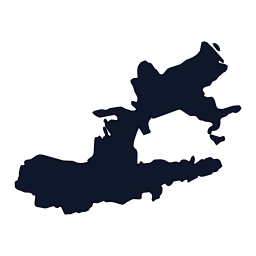 SVG path tracing the border of Leninabad
{"feature_id": "TJK-369", "entity_name": "Leninabad", "entity_type": "Region", "adm_level": 1, "iso_a3": "TJK", "parent_name": "Tajikistan", "parent_adm1": "", "projection": "albers", "projection_center": [69.514, 39.97], "detail": "fine", "context": "isolated", "style": "filled", "palette": "ink", "viewbox_px": 256, "rotation_deg": 0, "n_neighbors": 0, "source": "natural_earth", "source_scale": "10m", "svg_char_len": 5940}
<svg xmlns="http://www.w3.org/2000/svg" viewBox="0 0 256 256"><path d="M239.3,106.1L240.6,108.1L239.6,110.0L237.6,111.6L235.7,112.3L232.4,111.6L231.6,111.9L230.1,112.9L229.5,112.4L229.2,112.5L228.6,113.2L226.2,115.3L225.4,115.8L221.5,117.2L219.9,118.7L219.6,120.8L219.7,123.3L219.2,126.1L218.4,127.6L217.4,128.7L216.1,129.5L214.8,130.0L212.2,130.1L211.5,130.5L211.1,131.2L210.6,133.0L210.1,133.7L208.7,133.2L208.2,132.2L208.4,130.8L209.0,129.2L209.7,128.1L212.7,126.2L213.6,124.4L212.9,123.0L211.5,122.0L209.9,121.5L205.0,120.8L202.7,119.8L200.5,119.6L199.4,119.0L196.7,115.8L195.4,115.2L193.9,115.1L190.9,115.3L189.6,114.9L180.8,109.1L178.6,108.9L154.4,117.7L153.4,117.8L152.4,117.7L152.0,117.3L151.4,116.1L150.9,116.0L150.6,116.3L150.1,118.2L148.9,120.1L147.9,121.9L147.5,124.0L148.0,126.5L148.3,127.5L148.3,128.6L149.8,131.2L149.8,132.3L143.9,134.4L140.9,129.3L139.1,127.2L138.3,127.1L138.1,127.2L138.0,127.7L137.8,128.5L136.6,131.2L133.7,139.8L133.0,142.8L132.8,146.0L133.2,147.5L134.2,148.6L135.3,149.5L136.1,150.6L136.6,151.9L136.8,153.5L136.5,163.0L137.3,165.0L139.8,164.0L140.2,163.4L140.6,162.2L141.2,162.0L143.0,163.8L144.3,164.2L147.0,163.8L149.5,163.6L150.6,163.2L151.7,162.6L153.8,160.8L154.8,160.3L160.2,160.0L162.8,160.3L165.2,161.1L167.8,162.6L170.2,163.3L175.0,162.3L177.6,162.6L179.4,163.4L180.0,163.0L180.9,161.6L182.0,160.6L183.3,160.2L184.6,160.2L185.9,160.5L188.0,161.7L189.0,162.1L190.0,161.7L190.5,161.0L192.2,157.2L193.2,156.5L193.8,157.3L194.1,158.7L194.1,160.1L193.4,163.0L193.6,164.1L194.6,164.5L195.7,164.3L201.2,160.1L202.0,159.8L204.0,160.3L204.6,160.3L205.0,160.0L205.6,159.2L209.2,157.9L210.3,157.8L211.2,158.1L212.6,159.3L213.4,159.8L214.5,159.9L216.7,159.5L217.8,159.6L219.3,160.7L220.2,162.4L221.5,166.2L219.3,168.0L218.3,168.6L217.8,169.3L217.3,170.5L215.9,171.2L212.2,171.8L211.6,173.2L211.0,173.8L210.2,173.9L203.8,175.8L201.2,176.0L200.6,175.9L199.5,174.9L198.6,174.9L198.2,175.1L197.7,175.7L197.2,176.7L196.7,177.3L190.1,180.6L188.6,181.7L188.3,181.7L188.1,181.3L188.0,179.9L187.8,179.1L187.4,178.9L186.7,178.9L185.8,179.0L184.1,179.7L182.2,181.2L181.8,181.2L181.3,180.8L180.9,179.8L180.2,179.7L173.4,180.7L172.6,181.6L171.3,183.8L170.1,184.8L168.9,185.2L168.4,185.3L167.0,184.7L166.7,184.4L165.7,182.7L164.5,182.9L160.1,185.4L160.4,186.2L161.5,187.5L161.8,188.6L161.5,191.9L161.0,193.3L160.4,194.3L159.0,195.5L159.0,196.4L159.2,197.2L158.9,197.6L158.2,198.1L156.0,198.7L155.1,199.2L153.4,200.7L153.1,200.7L152.7,200.3L152.4,199.6L152.8,197.7L152.9,196.7L152.9,195.8L152.4,194.2L152.0,193.6L149.8,191.5L148.9,191.4L143.7,192.0L142.5,192.3L141.7,193.1L141.3,193.7L141.0,194.8L140.9,197.8L140.6,198.2L140.2,198.5L139.1,198.6L133.1,198.3L132.0,198.7L130.6,199.3L126.0,201.8L124.5,203.1L122.6,204.0L119.1,203.2L117.5,202.6L113.6,201.5L110.1,201.2L106.3,201.5L105.5,201.3L105.1,201.0L104.7,200.3L104.4,200.1L103.6,200.2L97.6,202.5L93.4,202.2L92.9,202.3L92.5,202.7L91.4,206.2L89.4,207.5L88.5,209.3L87.8,210.1L85.6,210.9L84.3,211.2L82.5,211.1L78.9,212.5L76.7,211.5L75.9,211.6L74.9,211.8L71.4,213.2L70.2,213.5L67.1,213.5L65.4,213.9L64.3,212.2L62.2,207.4L61.3,206.3L60.8,206.1L59.3,206.2L58.2,207.0L57.2,207.3L56.1,207.1L55.2,206.2L54.7,205.9L53.7,205.5L52.8,205.5L46.2,207.6L44.5,207.6L36.6,206.1L35.5,205.0L35.2,203.0L36.0,196.8L35.9,195.7L35.4,194.7L35.0,194.5L33.9,194.7L33.5,194.7L32.4,193.1L30.0,192.0L24.9,191.7L17.5,188.8L15.7,187.2L15.4,183.9L15.6,182.2L16.5,181.4L17.2,181.2L17.8,181.4L18.2,181.2L18.7,178.6L19.6,175.9L19.7,172.9L20.2,169.7L21.0,166.6L21.6,165.9L22.6,165.8L24.2,166.1L25.0,165.6L25.2,165.3L24.9,161.8L26.2,160.6L31.1,159.9L37.0,155.9L39.3,155.2L42.2,155.3L63.3,161.2L72.6,161.6L77.6,163.5L80.7,163.8L83.7,163.5L87.6,162.6L88.8,162.0L88.1,160.5L89.0,159.3L91.7,157.6L93.2,156.0L94.0,154.5L94.4,152.5L95.1,139.6L95.8,137.8L96.5,137.9L97.3,138.3L99.4,136.4L100.4,137.2L102.1,139.9L102.9,140.3L103.3,139.8L103.4,138.5L103.9,137.3L105.0,136.9L105.8,135.4L105.8,134.2L104.4,131.3L103.8,129.5L103.6,128.0L104.1,127.4L105.3,128.3L106.6,131.1L107.5,134.6L108.9,136.8L111.5,135.7L111.3,133.9L105.9,126.3L105.7,125.5L105.6,124.8L105.7,123.1L105.5,122.5L104.4,121.6L104.3,120.9L105.1,119.4L106.1,120.2L107.4,122.7L108.2,122.5L110.4,120.6L111.7,120.2L116.2,120.9L117.6,120.7L118.1,119.7L118.2,118.5L118.0,117.3L117.6,116.2L114.7,114.1L99.7,116.9L97.6,116.0L94.8,114.3L93.3,112.5L94.6,111.6L100.5,110.1L101.9,110.0L105.4,110.6L106.8,110.5L109.0,109.3L110.2,108.8L120.2,107.3L121.6,107.5L125.7,109.6L131.2,111.3L134.2,111.4L136.6,110.3L136.6,108.4L132.1,104.4L131.9,102.0L133.5,101.8L135.8,102.7L137.8,102.4L138.3,98.4L137.9,96.6L137.2,95.1L135.6,92.2L135.0,90.8L133.7,86.2L131.3,82.1L131.3,80.4L133.5,78.9L137.2,78.6L138.1,78.1L138.4,77.0L138.0,72.7L138.0,69.7L138.4,67.3L139.4,65.2L140.9,63.2L141.8,62.5L142.8,62.0L144.7,61.3L145.8,61.4L147.4,62.9L148.4,63.5L150.3,63.7L151.7,65.0L154.1,68.7L154.8,69.3L156.3,70.4L157.0,71.2L158.8,73.9L159.5,74.6L161.4,75.3L163.0,74.8L164.5,73.5L167.1,70.2L168.3,69.2L169.6,68.5L180.8,64.9L186.6,60.5L192.9,57.9L197.2,55.2L200.6,51.2L202.2,42.7L204.5,42.1L207.2,43.2L209.5,45.8L211.4,47.4L223.1,60.6L223.0,62.1L221.8,61.6L219.7,59.8L218.5,60.0L217.9,61.0L218.1,62.4L219.1,63.6L224.7,64.8L227.0,66.1L226.4,69.6L225.4,70.2L224.9,71.2L223.4,71.7L218.0,76.4L215.9,79.1L215.1,79.7L212.4,80.8L211.6,81.7L210.2,84.2L209.6,85.0L204.8,86.3L203.0,87.5L202.0,89.1L202.2,91.1L204.0,93.6L203.2,96.4L206.2,97.7L207.5,98.1L211.2,97.5L212.5,98.0L214.2,100.7L215.1,104.4L216.2,107.8L218.7,109.5L221.3,109.7L223.9,109.4L232.6,106.6L238.1,106.0L239.3,106.1ZM210.5,135.2L211.4,135.2L218.9,137.6L221.1,137.7L223.0,136.7L223.8,136.9L224.3,138.4L224.2,139.8L223.6,140.4L221.5,140.9L219.8,141.8L216.6,144.4L216.3,144.1L214.5,141.1L213.8,140.4L211.7,138.9L210.9,137.7L210.4,136.4L210.5,135.2ZM214.5,43.7L216.1,44.4L217.6,45.7L218.4,47.0L219.2,49.0L219.4,50.3L218.2,50.1L217.1,49.1L215.3,46.7L214.2,45.6L213.5,44.0L214.5,43.7Z" fill="#0f172a" stroke="#020617" stroke-width="1.5"/></svg>